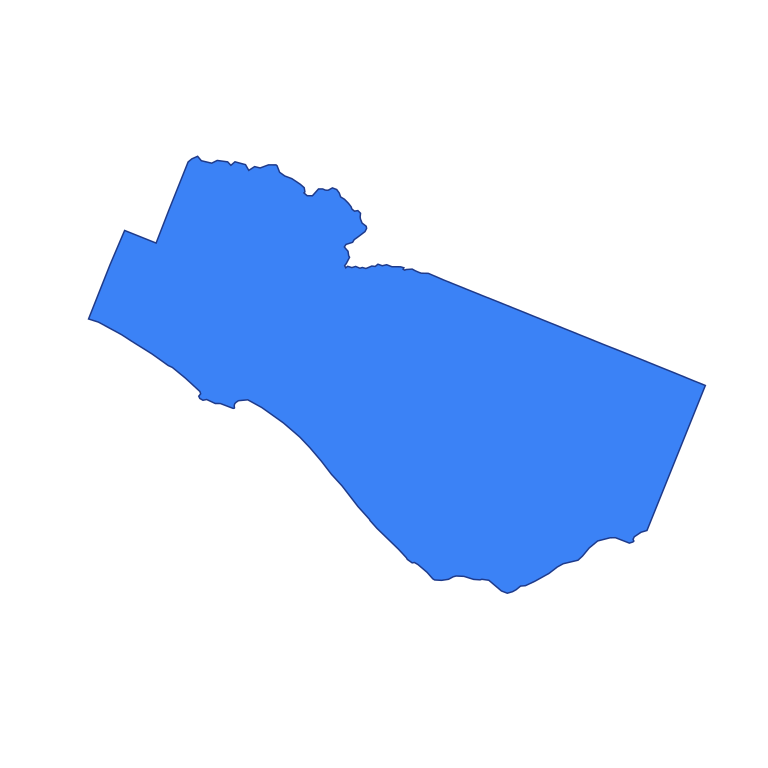 Humboldt, California, United States of America (Natural Earth projection), rotated 292°
{"feature_id": "52423323B26488914054819", "entity_name": "Humboldt", "entity_type": "district", "adm_level": 2, "iso_a3": "USA", "parent_name": "United States of America", "parent_adm1": "California", "projection": "natural_earth1", "projection_center": [-123.822, 40.734], "detail": "fine", "context": "isolated", "style": "filled", "palette": "blue", "viewbox_px": 768, "rotation_deg": 292, "n_neighbors": 0, "source": "geoboundaries", "source_scale": "gbopen_adm2", "svg_char_len": 2315}
<svg xmlns="http://www.w3.org/2000/svg" viewBox="0 0 768 768"><g transform="rotate(292 384 384)"><path d="M546.7,201.8L543.9,194.8L537.9,188.2L537.1,182.6L531.4,178.6L535.5,173.4L534.2,162.6L529.4,160.1L531.4,155.8L528.8,145.6L524.2,141.5L522.6,131.0L525.3,125.9L520.8,121.5L516.5,119.2L464.6,119.4L429.3,119.9L429.2,86.0L391.9,85.3L333.6,85.7L334.4,96.0L331.4,122.4L329.2,133.6L324.9,157.9L320.3,177.0L320.1,181.5L315.0,197.8L308.1,216.1L306.2,217.7L303.3,216.8L301.6,218.6L301.1,222.2L303.2,225.4L302.7,234.8L304.6,239.6L304.8,250.7L304.9,253.3L305.6,254.3L306.4,254.1L307.0,253.6L308.4,253.1L309.9,253.0L311.6,253.7L314.0,255.3L318.3,263.6L316.4,279.5L310.2,305.4L303.3,325.7L297.3,338.9L289.1,354.6L280.5,369.2L273.9,383.1L260.6,405.8L253.0,421.4L252.2,422.1L247.5,431.6L236.3,459.2L231.3,469.8L230.1,471.3L228.7,477.1L229.9,479.1L229.3,483.2L225.5,494.5L221.6,502.3L221.3,504.4L223.5,510.9L227.1,517.0L231.2,520.4L233.0,522.8L235.6,530.2L236.4,540.3L238.4,546.4L239.6,547.9L241.3,554.7L236.1,570.4L236.2,576.7L239.6,581.0L242.8,583.6L247.8,586.3L250.0,590.7L257.9,598.0L270.3,608.0L279.2,613.2L284.5,617.5L293.3,629.9L298.8,632.5L308.9,635.7L318.5,640.9L326.1,651.2L328.2,656.2L328.4,671.1L330.8,674.0L332.0,674.5L333.3,673.1L336.1,673.3L342.8,677.8L346.7,682.7L503.0,682.5L503.0,669.3L503.1,652.1L503.1,628.6L503.1,602.8L502.9,573.0L502.9,530.2L502.9,496.7L502.9,464.5L502.8,441.9L502.8,423.6L502.8,400.0L503.2,383.6L502.2,381.0L500.7,377.1L500.6,374.3L500.7,370.6L501.1,367.1L498.4,361.6L497.3,360.6L497.6,358.7L499.2,358.9L498.9,355.6L497.8,352.6L495.7,347.4L495.6,341.8L493.0,338.1L492.8,333.5L489.7,331.8L488.8,328.5L485.3,325.0L484.3,323.9L483.9,320.2L482.3,318.3L482.4,313.7L479.9,310.6L479.5,306.2L477.4,305.0L478.9,303.2L481.5,303.9L488.6,304.6L489.7,303.2L493.6,300.9L494.8,298.5L496.2,295.9L499.2,296.5L503.6,301.8L506.7,302.3L510.8,304.9L518.2,309.3L521.8,309.6L523.6,308.4L525.0,303.4L528.1,300.4L530.0,299.3L533.5,298.3L535.0,294.8L533.2,291.9L534.2,288.7L536.0,287.1L538.2,283.4L540.5,278.1L541.2,273.7L544.3,271.0L546.6,267.3L546.5,262.7L542.8,259.7L542.2,258.3L541.8,256.9L541.9,254.1L540.3,250.2L531.7,247.1L529.8,242.2L531.2,238.2L532.5,238.7L536.1,236.5L537.8,231.7L539.9,221.6L539.7,214.0L541.2,207.9L546.3,203.1L546.7,201.8Z" fill="#3b82f6" stroke="#1e3a8a" stroke-width="1.5"/></g></svg>